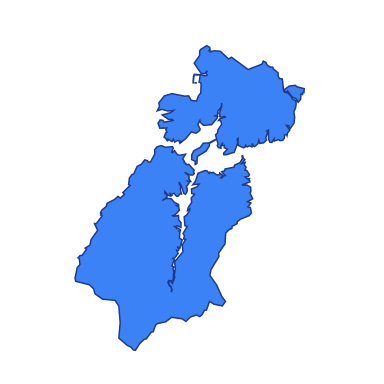 Upper Harbour Local Board Area, New Zealand (Albers equal-area conic projection), rotated 164°
{"feature_id": "76426892B55565569034738", "entity_name": "Upper Harbour Local Board Area", "entity_type": "district", "adm_level": 2, "iso_a3": "NZL", "parent_name": "New Zealand", "parent_adm1": "", "projection": "albers", "projection_center": [174.657, -36.763], "detail": "fine", "context": "isolated", "style": "filled", "palette": "blue", "viewbox_px": 384, "rotation_deg": 164, "n_neighbors": 0, "source": "geoboundaries", "source_scale": "gbopen_adm2", "svg_char_len": 6080}
<svg xmlns="http://www.w3.org/2000/svg" viewBox="0 0 384 384"><g transform="rotate(164 192 192)"><path d="M141.4,167.4L135.5,168.7L136.6,175.1L135.3,176.0L134.3,180.5L137.3,183.6L139.6,184.0L142.0,185.0L133.5,185.8L133.5,188.4L135.1,188.6L133.6,189.2L135.6,189.8L136.8,191.9L133.5,191.4L132.0,192.8L133.4,197.6L135.1,198.5L133.2,200.9L134.3,203.6L132.7,205.8L136.4,205.7L132.3,208.4L133.4,210.4L133.3,212.9L134.1,212.8L134.2,210.4L137.7,207.0L143.7,206.1L144.7,204.3L153.9,205.0L154.8,203.3L157.9,203.3L155.5,198.7L157.6,198.9L158.8,197.3L161.1,197.8L158.7,198.5L158.1,200.0L160.2,202.5L160.6,201.1L163.3,201.4L166.4,205.2L167.6,204.8L169.3,206.2L170.5,205.2L171.6,208.0L173.5,209.0L181.0,208.4L185.9,201.2L189.3,198.8L182.9,197.7L185.5,195.6L191.7,195.0L192.7,190.7L190.1,189.2L194.4,186.5L195.2,182.0L199.9,178.2L201.4,175.5L198.7,176.4L199.1,175.3L203.5,171.3L206.4,170.3L208.1,161.5L206.1,160.3L212.0,154.6L211.4,151.9L213.0,149.1L211.1,148.3L216.0,143.7L217.1,137.1L227.9,129.7L229.2,122.6L232.1,116.7L232.0,114.8L236.0,109.5L237.5,112.8L239.3,112.2L239.3,108.4L238.2,107.1L238.0,103.5L239.1,102.0L239.4,102.3L238.4,103.4L238.4,106.4L239.8,108.7L240.0,112.0L238.7,113.4L235.7,112.0L234.2,113.0L231.3,121.5L231.4,123.6L230.2,124.9L231.7,126.5L227.6,132.0L228.6,133.4L226.7,133.5L222.3,136.7L222.8,140.3L221.1,139.4L220.2,141.0L221.4,143.7L219.2,141.3L214.6,148.6L216.8,151.1L214.8,156.5L215.5,158.1L213.8,157.8L213.6,159.0L215.9,161.5L217.4,160.9L216.4,161.8L219.1,164.2L217.0,163.0L215.6,163.7L212.4,161.0L211.0,165.6L212.5,168.7L211.4,173.2L215.1,173.5L216.5,173.9L216.7,174.2L217.1,174.5L214.1,175.0L209.3,177.8L208.9,181.3L210.4,183.1L208.6,182.4L208.4,183.7L212.1,187.4L213.8,191.3L218.9,193.0L222.9,192.0L217.3,194.1L217.3,197.4L218.5,198.0L218.0,200.0L215.8,195.3L213.7,193.9L212.3,194.2L213.5,195.3L213.9,196.7L213.7,197.4L213.3,195.4L209.5,195.7L208.1,192.1L206.6,191.8L204.1,193.5L202.6,192.9L202.5,198.1L201.1,200.9L202.0,202.8L201.7,205.2L200.6,201.1L200.3,193.1L199.0,191.6L196.6,193.7L195.6,196.2L196.0,198.6L191.9,201.8L193.1,203.6L190.3,202.5L191.4,205.7L190.6,207.1L191.0,209.5L193.9,213.0L189.0,208.8L186.4,208.1L184.8,209.0L185.0,210.8L183.9,212.3L187.5,219.5L190.1,219.9L190.0,221.3L191.5,222.4L190.8,223.3L191.8,226.4L187.8,230.1L194.2,230.8L195.9,232.2L197.4,236.6L199.8,235.1L200.6,235.8L197.9,239.3L198.3,240.9L205.4,242.4L208.8,245.1L213.0,245.1L216.2,243.0L217.3,238.8L223.6,232.3L225.5,232.6L226.2,234.4L228.6,235.9L233.1,232.6L237.6,231.8L243.1,225.4L245.0,225.3L248.3,222.7L250.9,216.6L249.7,215.4L258.7,210.5L257.5,208.5L262.6,205.9L264.3,208.2L268.7,206.1L276.6,204.6L278.4,201.8L283.7,199.4L285.8,197.1L284.8,196.1L286.2,195.1L285.0,193.8L292.8,187.9L294.4,188.6L293.3,181.1L301.9,174.3L304.9,169.0L310.2,167.5L309.2,166.0L315.0,161.4L317.0,161.8L319.7,160.2L318.7,159.1L319.7,153.1L323.1,151.1L328.2,141.4L328.4,138.2L316.2,131.1L313.2,126.0L313.3,120.9L307.5,113.6L295.9,109.1L293.8,102.4L297.1,86.1L302.6,71.7L296.4,62.3L293.4,59.7L291.9,56.3L290.0,55.4L284.4,60.5L278.7,63.5L276.3,63.5L270.0,68.4L267.8,68.4L263.6,74.3L261.8,75.0L252.8,74.5L246.2,77.2L236.3,72.7L233.5,69.3L227.9,72.3L221.5,72.5L218.9,70.1L216.1,71.3L212.7,74.8L210.6,74.5L205.3,82.0L201.7,78.0L194.2,74.1L190.0,77.6L192.1,83.3L194.0,96.0L197.8,106.8L195.1,112.2L183.9,122.5L183.3,125.9L174.7,132.9L170.8,143.4L166.2,145.8L163.9,145.8L162.7,148.0L157.4,149.1L156.8,150.9L152.7,152.6L143.5,153.5L140.6,155.5L140.2,161.0L142.4,162.3L138.4,165.1L141.4,167.4ZM137.5,328.6L144.3,326.7L145.7,325.5L147.0,321.2L154.4,315.2L150.6,303.6L147.2,302.2L143.7,304.4L145.7,302.5L145.6,300.5L144.6,300.3L147.0,299.8L151.4,302.3L157.2,304.5L158.2,303.7L158.9,302.2L160.5,297.8L161.0,295.9L157.7,304.0L151.9,302.2L154.9,295.4L153.5,294.7L153.6,293.0L156.3,284.7L159.2,282.8L162.6,278.2L167.5,280.2L168.7,285.3L172.7,286.2L184.3,292.1L192.2,292.0L199.3,286.8L199.6,283.4L203.0,279.6L198.3,279.8L192.9,276.5L187.3,275.5L190.9,274.2L199.4,274.3L194.7,268.4L190.8,267.1L190.4,266.0L199.5,266.7L200.2,268.9L202.8,270.1L205.7,267.5L205.4,262.2L198.7,260.5L200.0,259.2L199.7,256.2L201.0,256.0L203.8,252.4L201.7,249.9L202.8,249.2L201.0,249.4L201.8,247.5L200.1,249.0L197.3,246.0L195.3,248.0L195.0,244.8L191.3,245.5L189.0,243.9L190.3,243.5L190.2,242.1L183.0,245.2L176.2,249.9L171.9,247.4L167.7,248.9L166.8,250.5L167.8,255.3L164.7,258.6L164.8,256.7L162.5,252.9L154.6,251.3L147.4,256.1L146.9,257.5L148.8,258.7L146.3,258.8L144.9,262.6L140.5,265.6L138.9,269.3L140.0,265.7L144.2,260.1L143.7,258.2L144.9,257.0L143.1,255.7L139.8,255.8L139.4,254.8L145.1,254.7L146.8,253.4L144.9,252.9L144.7,249.0L149.9,244.6L151.2,241.7L153.6,240.5L153.7,236.3L162.1,234.5L167.8,235.8L171.6,232.7L179.0,231.1L181.9,227.9L183.4,223.3L180.4,220.7L181.4,217.6L179.4,218.0L177.2,224.7L167.1,227.4L162.6,231.6L161.6,234.0L153.7,235.9L153.7,231.1L154.9,229.8L154.4,227.5L152.1,226.1L151.4,228.7L148.8,231.1L150.4,228.2L148.1,228.0L148.8,225.7L146.1,223.4L151.0,220.6L151.2,219.1L149.1,218.4L140.5,218.5L134.4,226.7L134.0,230.5L132.8,230.8L134.9,224.2L130.3,220.3L128.6,220.5L127.6,222.1L126.6,220.1L124.3,220.6L121.9,218.9L120.7,222.1L120.3,219.2L119.2,218.4L115.4,220.2L113.5,223.3L113.5,220.0L109.7,219.5L105.9,221.4L106.2,223.8L102.7,228.4L103.5,230.2L101.4,230.5L103.8,222.1L103.4,218.4L101.7,217.6L98.4,220.5L98.9,218.3L94.4,218.5L93.3,217.1L90.5,216.7L88.4,218.2L87.4,221.2L85.2,221.1L85.1,220.0L83.9,222.4L80.9,224.6L82.9,230.0L80.9,229.1L81.5,228.6L79.8,226.1L74.9,230.2L72.7,235.5L72.0,241.2L69.4,244.0L67.5,248.2L67.1,251.1L70.0,253.8L70.4,257.0L72.6,260.7L75.7,262.6L75.8,264.4L73.8,261.9L72.2,262.8L69.5,255.7L66.3,252.9L65.3,249.0L62.0,251.2L60.2,256.3L58.9,255.2L58.0,257.1L57.0,256.7L55.6,260.4L62.1,264.2L63.3,266.1L69.4,267.0L75.9,264.6L74.0,275.8L76.7,277.0L77.3,279.6L76.4,282.9L79.7,287.6L80.1,289.8L82.7,290.7L84.9,293.6L85.2,296.2L87.3,298.2L89.6,295.6L104.3,294.3L116.9,310.7L120.1,309.7L125.9,319.4L131.5,321.6L135.8,321.7L135.2,322.4L136.7,323.3L135.4,324.0L135.1,326.1L137.5,328.6ZM159.7,296.4L158.0,295.7L157.6,295.0L157.9,295.8L159.7,296.4Z" fill="#3b82f6" stroke="#1e3a8a" stroke-width="1.5"/></g></svg>